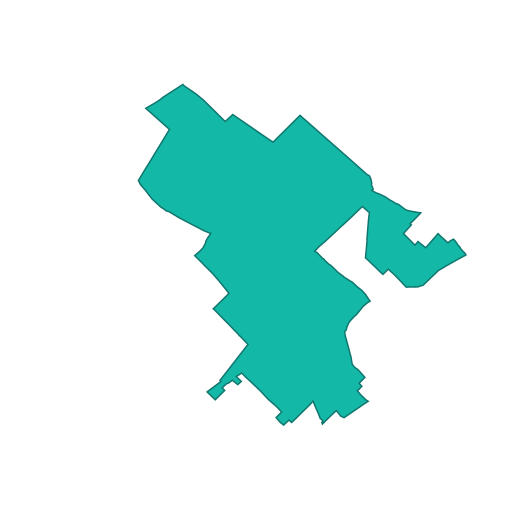 Dzoncauich, Yucatán, Mexico, rotated 219°
{"feature_id": "50627088B45441994431912", "entity_name": "Dzoncauich", "entity_type": "district", "adm_level": 2, "iso_a3": "MEX", "parent_name": "Mexico", "parent_adm1": "Yucatán", "projection": "orthographic", "projection_center": [-88.865, 21.095], "detail": "fine", "context": "isolated", "style": "filled", "palette": "teal", "viewbox_px": 512, "rotation_deg": 219, "n_neighbors": 0, "source": "geoboundaries", "source_scale": "gbopen_adm2", "svg_char_len": 3922}
<svg xmlns="http://www.w3.org/2000/svg" viewBox="0 0 512 512"><g transform="rotate(219 256 256)"><path d="M434.6,301.4L421.3,300.8L417.2,300.6L402.9,299.9L397.8,262.3L396.4,251.2L394.9,240.6L390.4,238.7L390.2,238.7L383.6,237.5L372.6,234.9L362.1,234.2L361.3,234.1L357.2,234.5L353.9,234.6L352.2,235.6L339.9,237.3L312.3,242.9L305.4,245.0L304.9,239.2L304.2,235.7L303.3,234.2L302.3,228.7L302.6,224.9L303.2,221.8L303.9,217.7L300.6,217.4L297.8,217.1L294.4,216.8L289.9,216.2L283.5,215.6L277.9,214.9L271.0,213.7L265.5,212.6L258.2,211.0L253.9,210.0L253.5,209.9L254.3,202.5L255.8,189.5L256.0,188.1L254.2,188.0L237.7,186.1L235.9,185.9L235.5,185.9L228.6,185.0L225.6,184.6L224.4,184.5L220.2,184.0L219.1,183.6L218.4,183.6L217.9,183.7L216.4,183.5L212.3,183.0L206.6,182.3L206.3,164.3L206.2,162.5L206.1,155.2L206.0,154.3L205.9,145.4L205.7,136.7L204.2,136.6L204.8,134.3L205.8,130.2L206.4,127.9L206.5,127.3L207.2,124.7L208.3,120.5L208.5,119.6L197.2,118.6L195.7,131.8L199.3,132.2L199.1,134.1L198.5,138.2L197.3,140.2L196.2,144.5L189.2,144.6L188.5,149.3L195.6,149.9L194.4,153.1L193.5,156.1L187.8,155.4L180.1,154.9L168.7,154.0L164.7,153.5L162.9,153.2L158.8,152.7L156.2,152.3L154.7,152.2L151.0,152.1L145.3,151.9L137.9,150.9L138.7,143.1L132.8,142.0L129.4,142.0L128.1,142.0L127.1,149.2L123.5,149.1L122.7,155.4L122.4,158.5L120.6,174.2L120.4,178.6L120.4,178.8L120.4,179.1L114.0,175.7L107.3,172.2L103.9,170.2L100.9,170.1L100.0,169.6L100.2,168.1L98.6,167.2L97.6,176.7L96.8,183.1L96.2,186.4L92.8,185.7L89.5,184.9L85.8,185.8L83.1,195.0L81.9,199.0L80.2,204.6L79.0,208.7L77.4,213.7L79.7,213.4L81.2,213.5L84.1,213.8L86.3,213.9L88.0,214.2L90.6,214.7L92.4,214.9L92.0,218.1L91.8,221.4L95.8,222.0L95.0,230.2L105.3,231.9L108.2,231.6L111.2,231.9L113.6,232.8L118.5,237.2L135.3,249.4L135.7,249.6L135.8,249.7L135.9,249.8L138.4,251.8L139.6,253.6L139.3,255.2L140.5,257.6L140.8,258.9L141.6,261.2L142.0,264.3L141.6,270.6L141.4,271.6L141.2,272.7L141.1,273.4L141.0,278.4L141.0,279.3L141.1,283.5L140.9,285.2L140.7,285.9L140.6,286.6L140.5,287.1L140.0,289.8L138.9,292.7L139.5,292.9L141.2,293.3L146.8,295.1L151.8,295.8L152.0,295.9L152.3,295.9L155.6,295.8L156.8,295.8L158.0,295.8L164.5,296.3L166.8,295.9L174.2,295.0L175.8,295.2L178.6,294.9L179.7,295.1L181.4,294.8L187.2,295.4L191.9,295.8L194.3,295.5L199.8,295.9L201.1,296.3L202.1,296.2L203.1,296.1L208.8,296.8L210.2,297.1L213.4,296.6L212.9,303.1L211.5,310.6L210.4,318.2L209.5,324.3L208.5,332.2L207.8,336.1L206.5,345.4L204.5,361.4L197.3,361.1L197.2,361.1L196.7,361.0L196.0,361.5L195.2,361.0L191.6,355.3L180.2,338.6L179.7,338.3L175.2,331.7L169.8,323.5L167.7,323.4L158.6,322.6L154.6,322.3L149.6,321.8L145.8,321.6L145.3,325.6L144.9,329.0L144.7,329.0L137.8,328.6L137.6,328.6L137.4,328.6L129.5,327.7L125.5,327.1L119.7,326.3L117.2,328.5L112.7,332.2L110.7,333.9L109.7,335.6L107.7,338.7L106.5,348.3L106.5,348.5L106.0,352.3L105.4,356.9L105.1,359.6L102.8,365.5L101.9,368.2L96.6,381.4L93.5,388.9L94.5,389.4L95.2,389.5L95.8,389.7L98.7,390.0L100.8,390.3L103.5,391.3L105.5,391.5L109.9,392.9L113.0,393.4L114.4,390.5L115.2,387.0L116.9,387.1L120.4,387.3L125.2,387.6L128.6,388.0L129.0,376.7L129.3,369.2L139.2,369.2L139.3,364.5L155.5,366.2L154.9,377.9L156.5,378.0L156.2,381.5L156.0,382.5L155.7,386.0L155.3,390.5L155.1,393.2L158.9,391.0L164.5,387.9L167.9,386.4L169.0,386.1L169.8,386.1L173.5,385.9L174.5,385.9L177.7,385.8L180.5,384.8L182.1,384.6L183.8,384.4L187.8,383.7L193.2,383.3L193.7,383.1L194.5,382.9L199.6,381.7L202.5,380.6L207.3,379.8L206.9,381.5L207.3,381.7L208.6,382.7L210.0,383.4L211.2,384.1L211.9,385.5L215.4,388.2L215.6,388.1L215.9,388.4L215.9,388.5L216.0,388.5L218.2,389.7L219.5,389.5L220.6,389.2L231.8,389.7L240.2,390.1L252.5,390.6L279.8,391.7L310.3,393.0L314.4,355.2L320.8,354.6L328.6,354.0L345.1,352.7L357.9,351.7L363.1,351.3L364.6,341.1L370.5,341.7L394.7,344.1L404.2,344.2L408.4,343.9L418.7,343.0L420.8,343.3L428.3,320.5L428.7,318.0L430.1,313.3L432.6,306.7L434.6,301.4Z" fill="#14b8a6" stroke="#0f766e" stroke-width="1.5"/></g></svg>